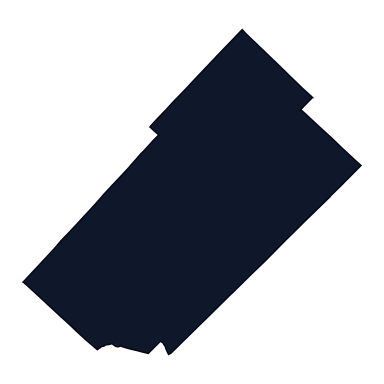 the district of Balaceanu, Buzau, Romania
{"feature_id": "2599482B52608933480598", "entity_name": "Balaceanu", "entity_type": "district", "adm_level": 2, "iso_a3": "ROU", "parent_name": "Romania", "parent_adm1": "Buzau", "projection": "albers", "projection_center": [27.123, 45.25], "detail": "fine", "context": "isolated", "style": "filled", "palette": "ink", "viewbox_px": 384, "rotation_deg": 0, "n_neighbors": 0, "source": "geoboundaries", "source_scale": "gbopen_adm2", "svg_char_len": 2650}
<svg xmlns="http://www.w3.org/2000/svg" viewBox="0 0 384 384"><path d="M148.3,353.4L150.1,351.5L154.0,347.6L159.8,341.8L160.5,341.1L162.3,342.5L163.2,343.1L163.4,343.4L163.8,344.4L164.4,345.3L164.9,345.7L165.2,346.1L165.3,346.8L166.2,349.4L167.8,352.9L168.6,354.4L170.9,353.2L202.4,322.2L202.5,322.2L231.6,293.5L232.2,293.1L250.0,275.5L250.2,275.3L254.0,271.6L265.0,261.1L285.3,240.5L296.3,229.7L308.4,217.7L308.5,217.7L315.2,211.2L320.7,205.8L330.1,196.7L329.9,196.4L332.2,194.3L343.8,182.9L343.9,182.7L346.1,180.5L346.4,180.2L349.0,177.6L361.0,165.5L355.1,160.2L340.9,147.0L331.4,137.8L326.0,132.9L313.1,121.0L300.7,109.5L306.7,103.4L309.3,100.7L311.3,98.7L312.4,97.5L312.5,97.5L312.0,97.0L306.0,91.5L302.4,88.2L292.8,78.9L289.2,75.5L284.3,70.6L282.3,68.7L278.1,64.6L269.7,56.5L265.1,52.1L263.2,50.2L262.7,49.8L261.1,48.3L257.7,45.0L250.8,38.4L249.4,37.0L246.8,34.5L245.2,32.9L243.6,31.1L242.2,29.6L241.8,30.0L241.7,30.1L241.6,30.3L240.2,31.7L235.7,36.4L233.8,38.4L228.7,43.7L225.6,46.9L222.5,50.1L222.4,50.2L218.4,54.4L216.6,56.2L213.9,59.2L210.0,63.2L209.2,64.1L207.2,66.3L205.8,67.6L203.6,70.0L194.1,80.0L189.7,84.7L189.6,84.9L186.2,88.5L182.6,92.2L177.0,98.0L175.9,99.1L174.8,100.2L173.8,101.3L172.7,102.4L170.2,105.2L169.0,106.5L167.7,107.9L166.0,109.8L165.4,110.4L164.7,111.1L163.8,112.0L157.0,119.1L153.8,122.5L153.3,123.1L152.8,123.7L150.4,126.3L150.1,126.7L150.0,127.1L151.3,128.2L152.5,129.4L154.3,131.0L156.1,132.6L158.8,134.9L153.2,140.5L150.0,144.1L145.3,149.3L142.9,151.8L141.9,152.8L141.0,153.5L140.1,154.6L135.6,159.8L130.4,165.6L130.0,166.3L119.6,177.5L112.3,185.2L105.6,192.4L103.4,194.8L102.1,196.4L98.0,201.0L96.6,202.7L93.9,205.6L88.6,211.4L84.3,216.0L76.3,224.7L74.5,226.6L69.3,232.2L65.8,235.8L64.2,237.4L61.4,240.4L61.1,240.6L59.4,242.7L56.8,245.8L56.7,246.0L56.4,246.4L56.3,246.5L55.3,247.5L54.6,248.3L53.5,249.5L52.6,250.4L52.1,251.0L51.7,251.4L50.0,253.3L49.6,253.8L49.1,254.3L48.6,254.8L47.3,256.2L47.2,256.4L46.8,256.8L46.4,257.2L44.6,259.1L41.6,262.3L36.9,267.4L33.7,270.8L28.8,276.0L26.2,278.8L25.4,279.7L23.4,281.8L23.2,281.9L23.0,282.1L23.7,282.5L24.2,282.9L24.8,283.5L25.6,284.1L30.2,288.3L31.6,289.6L33.0,290.9L36.2,293.8L40.6,297.9L49.3,306.0L54.5,310.8L57.1,313.2L60.5,316.4L60.8,316.7L66.0,321.3L68.9,324.0L69.9,324.9L75.9,330.7L86.5,340.4L97.4,349.7L99.0,348.3L100.5,347.6L101.4,346.6L101.9,346.3L102.9,346.3L104.0,346.1L105.2,345.1L106.2,344.7L108.6,344.6L111.3,343.8L112.3,343.9L115.6,346.3L118.0,346.8L119.3,346.5L121.3,345.4L121.9,345.7L121.6,346.3L122.8,346.8L127.7,348.3L132.9,349.6L137.3,350.6L141.7,351.8L145.8,352.8L147.4,353.2L148.3,353.4Z" fill="#0f172a" stroke="#020617" stroke-width="1.5"/></svg>